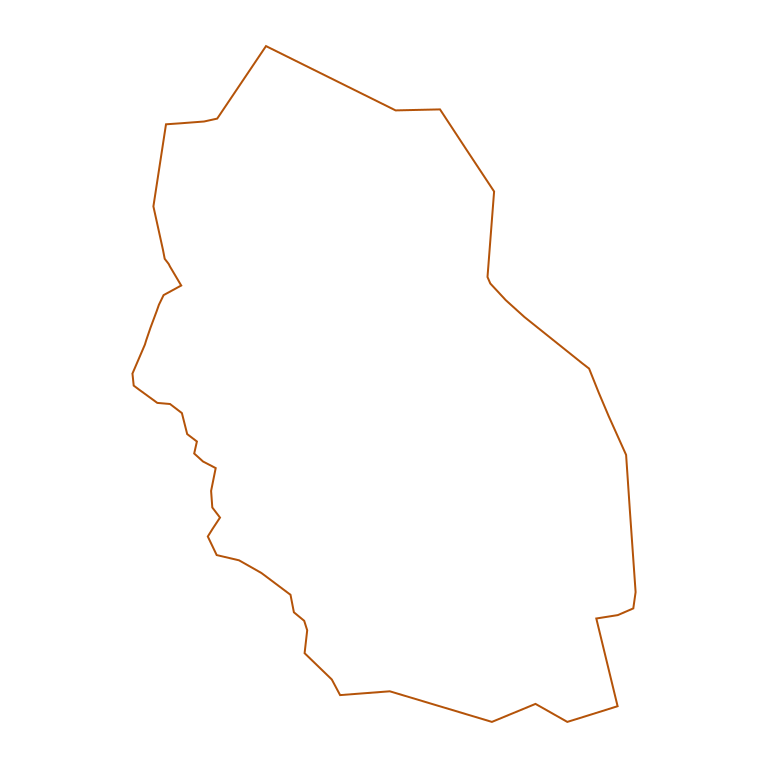 the district of Asari-Toru, Rivers, Nigeria
{"feature_id": "59680162B173222965225", "entity_name": "Asari-Toru", "entity_type": "district", "adm_level": 2, "iso_a3": "NGA", "parent_name": "Nigeria", "parent_adm1": "Rivers", "projection": "albers", "projection_center": [6.83, 4.747], "detail": "fine", "context": "isolated", "style": "outline", "palette": "amber", "viewbox_px": 768, "rotation_deg": 0, "n_neighbors": 0, "source": "geoboundaries", "source_scale": "gbopen_adm2", "svg_char_len": 966}
<svg xmlns="http://www.w3.org/2000/svg" viewBox="0 0 768 768"><path d="M589.1,368.6L582.1,363.2L524.4,317.0L505.8,300.2L490.3,283.5L487.5,277.0L494.1,191.5L466.0,149.0L440.0,109.4L395.6,110.4L266.0,46.1L217.2,118.6L204.1,121.5L180.5,123.3L166.0,124.3L153.4,206.4L163.0,250.0L164.7,258.8L168.7,264.0L170.1,266.8L170.3,267.1L181.2,285.5L163.6,295.1L158.9,304.8L156.8,310.8L150.5,327.7L146.2,340.3L144.9,344.6L132.4,373.7L132.5,374.0L133.7,385.6L138.9,389.5L157.3,402.9L170.0,404.0L181.9,413.1L187.2,434.1L196.9,441.5L194.2,453.5L203.0,461.5L215.7,468.1L211.1,490.9L212.3,507.5L220.0,517.6L212.6,528.8L207.8,536.5L216.7,555.1L239.0,560.3L261.4,573.0L290.5,594.8L293.9,612.3L304.2,620.8L307.2,630.3L304.6,653.2L331.8,679.5L340.1,695.1L389.8,691.3L491.9,721.9L535.5,703.9L567.3,721.9L591.5,714.4L617.6,706.2L596.3,618.5L617.8,615.1L633.3,608.4L635.6,592.1L629.8,509.5L626.1,454.9L608.7,416.2L598.7,392.6L589.1,368.6Z" fill="none" stroke="#b45309" stroke-width="2"/></svg>